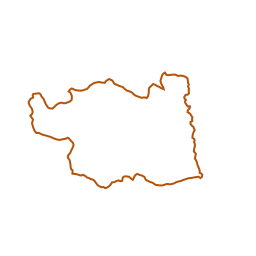 outline of Tupã, São Paulo, Brazil, rotated 234°
{"feature_id": "56859067B14045296433248", "entity_name": "Tupã", "entity_type": "district", "adm_level": 2, "iso_a3": "BRA", "parent_name": "Brazil", "parent_adm1": "São Paulo", "projection": "mercator", "projection_center": [-50.528, -21.957], "detail": "fine", "context": "isolated", "style": "outline", "palette": "amber", "viewbox_px": 256, "rotation_deg": 234, "n_neighbors": 0, "source": "geoboundaries", "source_scale": "gbopen_adm2", "svg_char_len": 3462}
<svg xmlns="http://www.w3.org/2000/svg" viewBox="0 0 256 256"><g transform="rotate(234 128 128)"><path d="M123.7,56.2L122.3,57.8L121.1,59.0L119.3,60.4L117.8,61.4L116.9,62.7L116.5,64.2L115.1,64.8L113.7,65.4L111.9,65.8L110.5,67.0L108.7,67.7L107.3,69.0L105.9,69.5L104.5,69.9L102.5,69.8L100.9,69.8L99.1,70.0L97.7,70.6L95.9,71.6L94.5,73.6L92.7,74.3L92.1,76.2L92.0,77.7L92.4,80.7L93.4,83.0L92.1,85.4L92.0,87.5L91.2,89.5L89.4,90.6L88.7,92.3L90.9,94.5L91.1,96.1L90.1,98.0L87.9,100.2L85.5,100.7L83.3,101.4L84.0,103.1L84.9,104.5L85.6,106.3L85.4,108.6L83.2,109.8L81.4,111.3L78.9,112.5L76.5,112.1L74.8,112.2L73.6,113.1L71.7,113.9L70.1,115.1L68.9,115.9L67.3,116.4L66.0,116.8L64.6,118.2L63.0,119.8L61.4,122.0L60.8,123.6L60.2,125.7L59.5,127.2L57.9,128.6L57.0,130.3L56.1,132.8L55.9,134.9L55.2,137.1L54.4,138.7L53.9,140.3L53.6,141.7L53.2,143.1L52.7,144.6L52.2,146.1L51.7,147.7L50.8,149.2L49.8,151.0L49.0,152.7L48.1,154.6L47.1,156.4L44.9,157.2L45.1,159.3L46.5,160.6L48.1,160.5L49.6,159.6L51.5,161.0L53.6,161.7L55.7,162.1L57.6,162.6L59.8,163.6L61.8,164.0L63.9,164.2L65.8,166.1L67.0,167.6L68.7,167.7L70.2,167.5L71.3,168.4L72.4,169.4L73.3,170.6L74.4,171.8L75.8,172.7L77.9,173.2L78.7,174.6L80.2,175.1L82.3,174.4L83.9,175.8L85.0,177.1L86.0,178.4L87.0,180.6L88.7,181.0L90.4,181.6L92.1,181.1L94.3,180.9L96.0,181.9L95.9,184.2L97.4,184.9L98.8,186.4L101.2,186.5L103.4,186.6L105.6,185.5L107.0,186.6L107.5,188.2L107.8,189.7L109.1,190.8L110.1,189.1L112.2,189.0L114.1,189.0L115.9,189.6L116.6,191.3L118.5,191.0L119.9,191.6L120.9,194.0L119.9,195.9L120.2,197.7L122.8,199.2L124.3,200.6L126.3,201.0L127.5,202.8L129.4,203.2L130.7,204.0L131.9,204.6L133.3,205.3L135.1,204.8L136.7,203.9L138.4,202.6L139.8,200.9L140.5,199.2L142.1,198.4L143.6,197.4L144.9,195.5L146.0,193.6L147.1,191.5L148.4,190.3L151.1,190.5L151.2,188.6L150.6,186.7L148.7,184.1L147.3,182.2L145.4,181.2L143.2,180.8L141.7,180.6L140.2,180.4L138.4,179.7L141.2,178.0L142.8,177.5L144.7,176.3L146.8,175.5L148.8,174.2L148.4,171.7L148.0,168.8L146.6,167.2L144.6,165.7L143.3,164.5L142.0,163.0L141.3,160.7L143.2,159.2L144.2,157.1L145.7,155.8L147.7,154.5L149.1,153.5L151.2,152.6L154.8,151.9L156.7,150.8L158.2,149.5L159.7,148.8L161.4,148.3L164.2,147.9L165.5,146.9L167.4,145.5L169.7,144.3L171.7,143.0L173.2,143.1L175.6,143.2L178.7,141.5L178.9,139.0L178.8,137.3L178.2,135.8L180.2,133.4L182.3,131.7L183.4,129.2L184.4,126.8L184.7,122.1L184.0,119.8L183.7,117.7L184.7,114.7L185.3,112.8L186.8,110.7L187.9,109.3L189.1,108.2L190.3,107.3L191.6,106.6L193.1,105.7L193.2,104.0L192.5,101.5L190.5,102.2L189.2,101.9L187.1,101.5L185.3,100.2L183.9,99.0L183.6,96.4L184.2,94.2L184.8,92.0L185.9,90.4L187.3,89.5L188.4,87.5L188.7,85.6L188.8,83.7L188.3,80.5L188.1,78.4L189.6,76.5L191.2,75.4L194.5,75.4L197.0,75.8L198.6,76.2L200.8,76.7L202.6,76.7L204.5,76.6L206.8,77.0L208.2,76.6L209.3,74.9L210.2,73.3L211.1,71.4L210.4,70.0L208.4,69.2L208.9,66.5L208.2,64.7L207.6,63.1L206.1,62.1L204.3,61.8L202.7,61.6L200.8,61.6L199.3,61.4L197.0,60.3L195.7,58.6L195.4,56.2L190.8,56.1L189.4,54.6L188.4,53.2L184.7,51.8L182.6,51.3L180.1,50.7L177.7,51.0L176.5,53.0L174.8,53.8L173.0,54.8L171.5,56.0L170.0,57.3L168.6,58.3L167.2,59.4L166.1,60.3L164.8,60.9L163.3,61.8L161.4,63.1L160.1,64.1L158.4,65.9L157.3,68.6L156.0,71.0L155.6,73.5L154.1,74.1L151.3,74.3L148.7,74.7L146.9,74.4L145.5,73.1L144.2,70.9L143.0,68.5L141.7,66.5L141.1,63.6L139.3,61.9L137.0,62.0L135.1,61.4L133.2,60.5L131.2,59.3L129.5,58.3L128.0,57.8L126.5,58.3L125.3,57.5L123.7,56.2Z" fill="none" stroke="#b45309" stroke-width="2"/></g></svg>